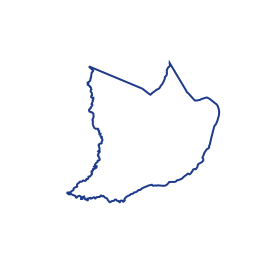 map outline of El Beni (Natural Earth projection), rotated 236°
{"feature_id": "BOL-1293", "entity_name": "El Beni", "entity_type": "Department", "adm_level": 1, "iso_a3": "BOL", "parent_name": "Bolivia", "parent_adm1": "", "projection": "natural_earth1", "projection_center": [-65.092, -13.43], "detail": "fine", "context": "isolated", "style": "outline", "palette": "blue", "viewbox_px": 256, "rotation_deg": 236, "n_neighbors": 0, "source": "natural_earth", "source_scale": "10m", "svg_char_len": 5681}
<svg xmlns="http://www.w3.org/2000/svg" viewBox="0 0 256 256"><g transform="rotate(236 128 128)"><path d="M108.1,41.3L108.2,41.6L108.3,41.7L107.7,42.9L107.3,43.3L106.7,43.5L107.1,44.3L106.9,44.7L106.9,45.2L107.2,46.1L107.1,48.0L107.5,48.5L107.9,48.8L108.3,49.2L108.4,50.0L108.2,51.6L107.8,52.9L108.0,53.3L108.9,53.6L109.4,53.9L109.7,54.4L109.9,54.8L110.1,57.2L110.4,57.8L110.4,58.1L110.3,58.4L109.8,58.9L109.4,59.6L109.4,60.1L109.6,61.1L109.4,61.7L108.4,62.5L108.1,63.0L108.0,63.7L108.3,64.1L108.7,64.5L108.9,64.9L108.8,65.3L108.2,65.8L108.3,66.5L108.6,67.1L109.8,68.0L109.7,68.3L109.1,69.2L109.1,69.5L109.9,72.2L110.6,73.0L111.4,72.7L112.3,73.4L112.5,73.7L112.5,74.0L112.3,74.5L112.4,75.3L113.0,75.5L113.5,75.9L113.6,76.2L113.1,76.4L113.0,76.7L113.1,77.4L112.8,78.3L112.8,79.4L112.9,79.8L113.7,80.6L114.0,80.7L114.2,80.4L114.5,78.7L114.6,78.4L115.0,78.3L115.0,78.6L115.0,79.2L115.3,79.6L116.1,80.1L116.4,81.0L116.8,82.0L116.8,83.1L116.9,83.7L117.1,84.0L117.6,84.2L117.8,84.5L117.8,84.9L117.4,85.7L117.3,86.2L117.5,86.7L117.8,87.0L118.5,87.4L119.6,87.4L121.1,87.9L121.7,87.6L122.8,88.1L123.1,89.1L123.4,89.6L124.2,90.6L124.0,91.0L124.1,91.3L124.4,91.4L124.7,91.3L124.8,90.3L124.9,90.2L125.3,90.1L125.5,90.8L125.5,91.0L125.3,91.5L125.9,92.3L127.7,93.3L128.8,93.4L129.2,93.8L129.7,94.1L129.7,93.9L130.2,94.0L130.6,94.4L130.7,94.9L130.6,96.2L130.1,97.3L130.2,97.8L131.1,98.3L131.8,99.5L132.5,100.2L133.0,100.4L133.5,100.5L134.5,100.3L134.9,100.4L135.1,101.3L135.6,101.3L136.4,100.7L136.9,100.7L137.3,100.8L137.7,101.1L138.4,101.9L138.6,102.0L139.2,101.1L139.6,101.6L141.1,101.7L141.6,102.5L142.1,102.4L142.8,102.1L143.2,102.2L143.7,102.7L144.1,102.7L144.4,102.4L145.5,100.7L147.0,100.1L150.5,100.7L151.9,101.6L152.9,102.5L153.4,102.8L154.5,102.9L154.7,103.0L155.1,103.6L155.3,104.4L155.9,104.8L156.1,105.3L157.0,106.1L157.8,106.4L158.5,107.0L158.8,107.2L160.5,107.2L160.8,107.1L161.2,106.6L161.7,106.2L162.2,106.2L162.5,105.6L163.3,105.2L164.8,105.8L165.0,106.1L165.2,107.2L165.5,107.7L165.3,108.0L165.3,108.3L166.2,109.3L166.3,109.6L166.4,110.3L166.6,110.8L166.9,111.2L167.2,111.5L167.7,111.6L168.3,111.3L168.5,111.7L169.9,113.8L170.0,114.0L170.7,114.1L170.8,114.2L171.0,115.0L171.3,115.4L171.7,115.7L172.2,116.0L172.2,115.4L172.5,115.3L173.4,115.2L173.9,114.7L174.2,114.7L174.7,115.0L175.1,115.5L175.2,116.4L175.3,116.5L177.4,117.6L179.0,117.5L179.5,117.6L179.8,117.9L180.5,118.8L180.5,119.2L181.0,119.3L181.7,119.7L182.8,119.8L183.1,119.8L183.4,119.5L183.9,119.7L184.3,119.6L184.7,119.4L185.8,119.1L186.1,119.2L186.7,119.7L186.8,119.0L187.0,119.1L187.6,119.9L187.8,120.0L188.2,120.0L188.2,122.3L188.3,122.8L188.5,123.2L189.1,123.6L190.1,125.0L190.5,125.2L190.9,126.0L192.0,126.7L193.2,128.0L194.1,128.7L194.7,130.8L194.9,131.1L195.5,131.2L196.9,130.8L197.4,131.0L197.9,130.7L199.0,130.3L200.9,130.1L152.6,161.9L144.1,164.7L143.0,165.3L143.5,168.0L143.6,171.3L143.7,172.8L143.7,173.6L143.3,175.2L143.6,176.6L143.7,177.0L144.5,178.4L145.4,181.3L148.0,185.8L148.4,186.2L149.3,186.7L149.7,187.2L149.8,187.6L149.9,189.0L150.1,189.3L151.2,190.7L151.5,190.9L152.0,191.0L152.3,191.1L153.0,191.8L154.3,192.5L154.7,193.2L155.0,193.9L155.7,194.9L155.8,196.3L155.9,196.9L156.1,197.2L157.0,198.2L158.2,198.6L158.6,198.9L126.1,197.1L125.7,197.0L125.4,196.8L123.0,197.4L113.7,198.7L113.0,199.2L111.8,201.5L111.1,203.4L111.0,203.8L111.0,204.7L109.7,209.3L109.3,210.1L109.0,210.6L106.7,211.9L98.2,214.6L97.4,214.7L96.2,214.7L93.6,214.0L91.7,213.3L90.5,212.7L88.1,210.9L87.6,210.4L83.6,205.6L82.2,203.4L81.4,201.1L81.2,200.5L73.3,191.6L68.4,186.4L67.9,185.3L67.7,185.1L66.7,184.5L66.4,184.2L66.3,183.9L66.1,183.3L66.3,181.8L66.2,181.0L64.7,177.5L64.0,176.4L63.1,175.3L62.4,173.8L61.9,173.2L61.3,173.1L60.7,173.2L60.2,173.1L59.2,172.4L58.8,171.9L58.5,170.8L58.4,169.8L58.7,167.5L58.7,166.4L58.6,165.7L58.4,165.3L57.2,164.1L56.7,163.3L55.9,161.3L56.1,160.8L56.9,160.0L57.1,159.4L57.1,158.8L56.9,158.3L56.7,157.8L56.1,157.2L56.0,156.9L56.0,156.2L55.7,155.8L55.3,154.8L55.1,153.6L55.2,153.1L55.5,152.9L56.3,152.5L56.6,152.1L56.7,151.6L56.4,150.2L56.5,148.5L56.2,145.9L55.9,144.6L55.9,144.2L56.5,140.8L57.2,139.6L57.2,139.0L56.9,138.2L56.9,137.7L57.4,136.0L58.4,134.9L58.9,134.0L59.9,132.5L60.1,132.1L60.1,131.5L59.7,130.8L59.3,128.2L59.3,127.2L59.6,126.2L60.7,124.4L61.1,123.9L61.9,123.1L63.9,120.5L64.2,119.4L65.0,118.7L66.0,116.7L66.4,116.3L66.9,116.2L67.3,116.2L67.6,116.1L68.8,112.9L70.1,106.3L70.2,105.6L69.7,103.7L70.6,102.1L70.7,101.7L70.5,101.2L70.4,100.9L70.4,99.1L70.4,98.6L71.2,96.9L70.8,95.4L71.0,94.8L71.6,93.5L71.5,92.8L71.3,92.1L71.4,91.5L71.7,90.2L71.8,89.0L71.7,87.6L71.4,86.2L70.8,85.1L70.5,84.6L70.3,84.5L69.9,84.7L69.6,84.1L69.5,83.4L69.6,82.8L70.0,82.7L70.4,82.8L70.8,82.6L71.6,82.0L71.8,81.3L71.7,80.9L71.1,80.1L71.1,79.6L71.5,79.4L72.8,79.4L73.8,78.2L74.2,78.1L75.1,78.1L75.5,77.9L75.8,77.3L75.8,76.7L75.6,75.3L75.8,74.7L76.4,74.0L76.5,73.4L76.4,72.7L76.4,72.0L76.7,71.4L77.2,71.2L79.5,71.0L81.1,71.2L81.7,71.0L83.1,70.1L84.8,69.8L85.5,69.6L85.7,68.4L87.0,68.1L87.3,67.5L87.2,67.1L86.9,66.9L86.7,66.5L86.8,65.9L87.0,65.4L87.9,64.1L88.1,63.6L87.9,62.1L87.9,61.4L88.2,61.3L89.1,61.5L89.7,60.9L89.8,60.0L89.8,59.0L90.1,58.1L90.3,57.7L90.7,58.0L91.1,57.8L91.4,57.2L91.6,56.1L92.2,54.8L92.0,54.4L91.7,54.3L91.2,54.6L90.9,54.6L90.6,54.3L90.6,54.1L91.4,53.8L92.4,52.9L93.0,52.6L93.9,52.8L95.0,53.2L95.8,53.3L96.1,52.4L96.0,51.9L95.8,51.4L95.4,51.0L94.9,50.9L94.7,50.6L94.8,50.1L95.2,49.6L95.5,49.3L95.8,49.5L96.1,49.9L96.5,50.6L96.8,50.7L97.4,50.6L98.5,50.1L99.1,49.6L99.3,49.1L99.3,47.8L99.0,46.6L99.1,46.2L99.7,46.0L101.2,46.4L101.8,46.1L102.7,45.2L104.9,44.0L105.0,43.7L105.2,43.2L105.6,42.5L106.4,41.7L106.8,41.5L108.1,41.3Z" fill="none" stroke="#1e3a8a" stroke-width="2"/></g></svg>